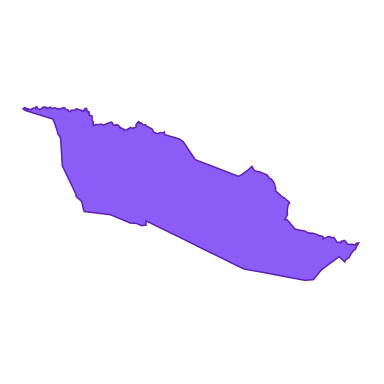 the district of Santiago del Río, Oaxaca, Mexico, rotated 86°
{"feature_id": "50627088B48530858037738", "entity_name": "Santiago del Río", "entity_type": "district", "adm_level": 2, "iso_a3": "MEX", "parent_name": "Mexico", "parent_adm1": "Oaxaca", "projection": "robinson", "projection_center": [-98.116, 17.433], "detail": "fine", "context": "isolated", "style": "filled", "palette": "violet", "viewbox_px": 384, "rotation_deg": 86, "n_neighbors": 0, "source": "geoboundaries", "source_scale": "gbopen_adm2", "svg_char_len": 4907}
<svg xmlns="http://www.w3.org/2000/svg" viewBox="0 0 384 384"><g transform="rotate(86 192 192)"><path d="M287.9,77.1L287.2,76.4L278.5,68.1L270.7,55.9L266.8,49.8L272.3,44.5L271.4,44.2L270.1,42.9L268.2,39.8L264.3,37.3L261.5,34.7L260.6,33.0L258.0,31.8L256.1,30.5L254.5,29.3L254.5,29.6L254.6,30.0L254.4,30.7L254.6,31.3L255.0,32.0L255.6,32.4L256.1,33.4L256.0,34.4L255.5,35.2L255.1,36.3L255.4,36.7L255.3,37.6L255.3,38.7L255.2,39.9L254.7,40.5L253.1,41.5L251.3,42.9L250.9,43.3L250.9,43.6L251.0,44.1L251.6,45.3L251.4,46.4L251.7,46.5L252.3,46.3L252.8,46.6L253.0,47.7L252.6,47.8L252.4,49.2L252.4,50.3L252.2,50.8L251.8,51.2L251.3,51.5L250.6,51.7L250.3,52.0L249.1,52.4L247.1,53.7L247.6,56.2L246.9,56.5L245.9,58.2L246.0,59.4L246.4,59.8L246.4,60.1L246.7,60.7L246.8,61.8L247.4,63.0L247.9,64.5L245.5,64.4L244.4,67.9L244.5,68.5L243.8,69.1L243.6,69.7L242.8,70.7L242.1,73.5L241.7,73.8L241.5,75.1L241.5,75.8L241.2,76.3L241.4,76.9L240.9,78.0L241.1,79.0L239.3,81.3L238.5,83.0L238.4,84.0L238.2,84.4L237.8,86.4L237.8,87.3L237.3,87.7L237.1,88.3L237.1,89.1L236.9,89.9L236.6,90.7L236.0,91.6L235.7,92.1L234.8,92.8L233.5,93.8L233.0,94.1L232.5,94.7L231.9,94.9L231.7,95.3L231.1,95.7L230.1,96.2L228.8,97.0L227.9,97.7L227.3,98.5L226.2,99.4L226.3,100.2L225.9,101.2L222.1,98.8L220.3,98.2L218.4,98.5L213.5,97.5L211.0,96.8L210.0,95.4L208.4,96.1L206.7,98.2L204.3,100.3L203.0,102.4L200.8,104.7L196.6,108.6L194.7,108.2L191.3,108.9L189.1,109.3L186.8,110.5L184.7,112.0L184.0,113.8L182.1,114.6L181.7,114.9L180.1,116.1L179.6,117.1L178.6,119.3L177.0,122.1L176.5,123.9L175.3,127.7L173.7,129.0L171.7,129.9L170.6,130.4L174.1,134.7L178.6,142.0L179.6,144.5L160.0,186.5L141.5,197.1L138.3,200.7L132.9,215.2L130.2,215.4L130.7,216.3L130.8,216.7L131.0,217.2L131.0,217.7L130.9,218.0L130.7,218.9L130.5,219.2L130.6,219.7L130.6,220.3L131.1,221.4L131.3,222.0L131.3,222.5L131.1,223.3L130.7,224.1L130.2,224.5L130.1,225.3L129.5,225.9L128.8,226.4L128.2,226.7L127.2,226.8L126.1,227.8L125.9,228.2L125.5,228.6L125.2,229.2L124.9,230.0L124.1,230.9L124.0,231.3L123.9,232.0L123.4,232.7L122.0,233.4L121.5,234.0L121.9,235.1L121.6,236.4L120.3,237.2L119.6,237.8L119.4,238.6L119.8,239.1L119.9,239.6L119.4,239.7L118.6,239.6L118.0,240.5L118.4,240.8L118.7,241.2L119.1,241.7L119.8,242.1L120.1,242.4L120.4,242.8L120.7,243.0L121.0,243.3L121.9,243.1L122.7,242.8L123.8,244.6L124.0,246.0L124.3,246.1L124.1,247.3L123.8,248.0L123.3,248.5L123.3,248.9L123.6,249.3L123.8,249.7L124.1,250.2L124.5,250.1L124.4,251.3L124.8,251.4L125.5,252.7L125.7,253.5L125.6,254.2L125.0,255.1L124.6,255.8L124.1,256.4L123.9,257.3L123.0,258.4L123.2,259.0L122.5,259.0L122.4,259.5L121.8,259.7L121.7,260.0L121.0,260.2L120.5,260.6L119.5,262.4L119.8,262.9L119.8,263.3L120.2,263.2L120.0,264.3L120.0,264.9L119.7,265.4L119.6,266.1L117.4,266.6L116.8,267.3L116.6,268.3L117.5,269.8L117.4,271.2L118.1,272.4L119.1,275.6L118.8,276.5L117.9,277.5L118.2,279.0L118.1,280.5L118.1,282.2L118.0,283.6L118.9,285.5L117.7,285.9L115.3,285.6L113.8,286.3L112.4,286.7L110.7,286.5L109.9,286.4L109.4,286.4L109.0,286.6L108.7,287.4L108.5,288.3L108.5,288.8L108.3,289.1L106.5,289.1L105.8,289.1L105.6,289.9L105.1,290.0L104.7,289.4L104.3,290.2L104.3,291.0L103.6,291.0L103.1,291.1L102.5,291.1L101.8,291.2L101.3,291.6L101.2,292.2L101.2,292.7L101.6,293.1L102.3,293.2L103.2,293.1L103.2,293.3L102.8,293.6L102.7,294.1L102.9,294.5L103.4,294.5L103.7,294.7L103.5,295.0L103.6,295.7L103.8,295.9L103.2,296.6L102.8,296.6L100.9,301.7L101.3,302.1L101.9,302.4L101.8,302.8L102.2,303.3L102.3,304.1L102.2,304.7L102.1,305.5L101.9,306.5L103.2,308.0L103.2,308.9L102.6,309.5L101.9,309.6L101.4,310.0L101.1,311.8L100.0,312.7L99.5,312.8L99.4,313.3L98.9,313.8L99.2,314.7L99.2,315.6L99.4,316.6L99.7,317.0L100.0,317.7L99.8,319.3L99.6,320.3L99.2,321.3L99.2,321.6L98.7,322.1L98.6,322.7L98.3,323.9L98.8,324.8L98.9,325.6L98.8,326.4L98.1,326.7L97.6,327.2L97.5,328.1L98.2,329.1L98.3,329.8L98.2,330.5L97.8,330.8L97.7,331.6L97.1,331.9L97.2,332.5L97.6,332.7L97.3,332.9L97.2,333.3L97.5,333.4L97.4,333.6L96.9,333.7L96.9,334.1L97.1,334.3L97.0,334.7L97.4,335.3L98.0,335.9L98.4,336.0L98.6,337.0L99.2,338.1L98.5,338.9L98.6,339.6L98.0,340.1L96.9,340.6L96.1,341.0L96.0,341.6L96.7,341.7L97.0,342.1L97.0,342.4L97.5,342.8L97.4,343.2L97.2,343.9L97.3,344.7L97.7,345.4L98.2,346.3L98.6,346.7L98.4,347.5L98.3,348.2L98.0,348.7L97.8,349.0L98.1,349.4L98.1,349.9L98.3,350.3L97.9,350.5L97.5,350.4L97.4,351.5L97.0,351.6L96.5,352.0L96.1,352.8L96.8,354.0L97.2,354.7L98.9,353.0L109.5,325.8L112.4,324.6L119.6,322.7L121.6,322.2L124.8,321.7L128.6,319.5L130.5,319.4L131.2,319.3L156.6,319.6L187.2,307.5L187.8,308.1L190.2,306.2L193.5,302.8L201.3,301.6L204.0,300.9L208.9,275.2L209.5,273.9L217.8,257.4L218.5,256.3L218.8,254.9L219.0,253.3L219.1,252.3L219.2,251.4L219.6,249.2L221.3,246.2L222.0,245.3L221.9,240.2L217.6,239.8L223.7,229.4L232.4,214.3L238.5,203.7L253.7,178.0L255.8,174.1L268.6,152.3L272.4,145.7L277.2,126.6L279.8,116.8L284.1,100.5L288.0,85.4L287.9,77.1Z" fill="#8b5cf6" stroke="#5b21b6" stroke-width="1.5"/></g></svg>